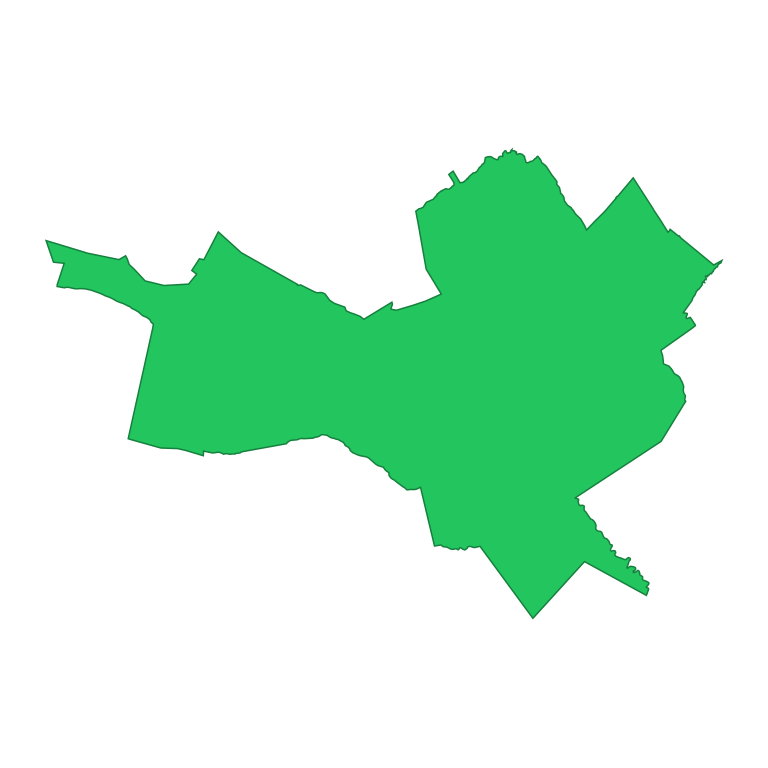 outline of Santiago, Nuevo León, Mexico
{"feature_id": "50627088B26802208573865", "entity_name": "Santiago", "entity_type": "district", "adm_level": 2, "iso_a3": "MEX", "parent_name": "Mexico", "parent_adm1": "Nuevo León", "projection": "robinson", "projection_center": [-100.188, 25.372], "detail": "fine", "context": "isolated", "style": "filled", "palette": "green", "viewbox_px": 768, "rotation_deg": 0, "n_neighbors": 0, "source": "geoboundaries", "source_scale": "gbopen_adm2", "svg_char_len": 6117}
<svg xmlns="http://www.w3.org/2000/svg" viewBox="0 0 768 768"><path d="M434.5,546.0L441.0,545.0L443.1,546.7L446.8,547.1L450.4,548.9L452.6,549.4L456.0,548.7L458.2,549.8L458.9,549.3L459.6,547.8L460.0,547.7L460.5,547.8L462.9,549.2L464.8,549.9L465.4,549.7L466.5,548.8L467.1,548.2L467.5,547.1L469.4,546.4L470.7,546.5L473.6,547.5L475.1,547.5L480.0,546.3L532.9,618.3L584.5,561.6L646.4,595.4L648.5,589.6L648.6,588.7L648.1,588.1L646.9,587.6L646.3,587.1L648.7,584.2L648.9,583.3L648.7,582.6L647.3,581.7L642.8,579.9L642.5,579.4L642.6,576.9L642.4,576.5L639.9,574.9L639.6,572.7L639.3,571.7L638.6,570.7L637.9,570.4L635.8,571.9L634.7,572.0L633.9,572.7L633.5,572.5L633.2,571.9L633.3,571.2L633.8,570.6L635.2,570.0L635.6,569.2L635.6,568.0L635.0,567.4L633.7,566.8L630.6,566.3L629.2,566.9L628.0,568.0L627.2,568.1L626.9,567.8L627.0,567.2L628.2,564.3L628.8,561.9L629.1,561.1L630.3,559.8L630.3,558.8L630.0,558.2L628.6,557.6L627.5,558.1L625.9,559.5L625.0,559.6L623.0,559.0L620.9,558.0L619.1,557.6L615.9,556.2L614.9,555.3L614.8,554.3L615.7,552.9L615.4,551.3L614.8,550.7L613.6,550.6L611.4,551.2L610.7,550.5L610.5,549.9L610.7,548.7L612.1,546.3L612.2,545.2L611.8,544.8L611.1,544.9L610.4,544.6L609.5,543.1L609.1,541.5L606.8,538.8L604.3,538.0L603.2,536.1L601.9,532.7L601.4,532.0L600.2,531.3L598.4,531.2L597.7,531.0L596.3,529.8L595.8,528.9L595.7,527.9L596.1,525.6L595.2,523.0L593.5,520.6L592.3,519.7L590.4,518.8L585.8,511.9L584.5,510.8L584.2,510.3L584.1,508.2L584.2,506.2L583.7,505.7L582.7,505.3L580.3,505.4L579.5,505.2L579.0,504.7L578.1,501.8L578.2,501.0L578.7,500.1L578.5,499.3L577.8,498.8L575.5,498.3L575.2,498.1L575.4,497.7L661.1,441.4L685.7,401.3L684.7,399.9L685.4,396.3L685.1,395.2L683.9,393.3L683.5,391.9L683.3,389.6L683.7,386.7L682.3,382.3L680.8,379.7L679.9,377.6L678.2,375.9L674.7,373.9L673.8,372.9L672.3,370.1L670.0,367.2L668.8,366.1L664.1,364.1L663.4,363.6L663.3,360.8L662.5,355.2L661.1,351.1L661.2,350.1L691.6,328.6L695.1,325.9L695.4,325.3L695.2,324.8L690.4,317.5L690.0,317.4L687.4,318.5L686.8,318.4L686.3,318.0L686.1,317.1L687.3,314.4L687.2,313.5L686.0,313.1L684.9,313.2L683.3,312.7L691.8,300.8L692.3,299.8L692.8,297.9L695.0,294.9L696.3,291.7L698.0,289.5L698.7,289.5L702.2,284.9L702.1,283.1L702.6,282.1L703.0,282.0L703.9,282.7L704.6,282.6L704.1,281.9L704.3,280.4L704.5,280.0L705.0,279.7L705.9,279.8L706.2,279.1L706.3,278.6L705.5,277.0L705.6,276.1L706.3,276.0L707.3,276.7L707.7,276.5L707.9,276.1L707.8,275.3L708.0,275.1L708.8,275.2L710.5,273.4L711.2,273.8L711.6,273.6L712.3,272.2L713.3,271.5L713.3,270.7L714.5,268.9L715.3,268.5L716.2,267.1L717.5,266.9L717.8,265.2L718.0,264.8L718.7,264.4L718.9,263.8L720.9,262.9L721.9,260.5L713.7,265.0L680.9,238.0L679.3,235.9L678.5,236.1L670.1,229.3L669.5,230.7L668.0,232.2L660.3,219.9L653.5,209.7L653.0,208.6L633.2,177.9L617.6,196.4L616.9,196.5L615.9,197.8L616.1,198.2L604.6,211.6L594.7,221.4L586.6,229.9L585.5,227.9L584.9,226.2L580.7,219.0L576.6,215.1L575.0,213.3L573.3,210.3L572.3,209.6L571.1,207.6L567.5,205.2L564.4,200.8L563.9,197.4L562.9,195.6L561.8,194.2L560.6,193.5L560.6,192.2L559.4,187.4L556.7,184.4L557.0,181.9L555.8,180.0L551.8,174.9L546.5,166.7L545.0,165.1L541.9,162.8L541.5,162.2L540.9,160.4L539.9,158.8L537.8,156.3L536.7,157.0L536.1,157.9L535.6,158.4L534.9,158.7L533.1,160.6L531.9,161.3L530.4,161.4L529.0,162.3L527.8,162.8L527.0,162.7L526.0,162.3L525.3,159.5L524.9,158.8L524.5,156.4L522.3,154.4L519.9,153.6L518.5,153.9L517.3,154.5L516.8,154.3L516.5,154.0L516.5,152.0L516.3,151.8L515.8,151.9L515.7,152.2L515.2,151.3L514.2,150.8L511.9,150.7L511.6,150.3L511.8,149.7L511.0,150.4L510.6,152.4L509.7,152.3L508.4,153.0L507.1,153.1L505.8,150.8L504.8,150.9L502.6,153.6L502.8,155.4L502.7,156.4L500.5,156.3L499.4,156.7L498.6,157.5L498.1,159.3L497.6,159.8L496.3,159.5L493.9,158.5L491.0,156.7L488.0,156.7L485.4,157.6L484.5,162.2L483.5,163.7L482.3,164.2L481.8,165.2L480.9,166.3L479.0,167.9L477.8,170.2L477.0,171.2L475.3,172.6L473.0,173.0L472.3,173.9L471.5,174.4L469.3,176.4L467.8,178.7L467.3,178.4L466.1,180.0L465.3,180.5L463.8,182.0L463.5,181.9L462.9,182.4L460.0,182.7L453.1,171.1L448.8,174.5L453.9,182.6L454.0,185.2L452.1,186.4L451.7,187.2L449.0,189.2L448.0,189.3L446.1,188.7L445.5,188.8L442.5,190.3L442.0,190.9L441.3,190.8L437.0,194.3L436.7,195.6L435.7,196.3L433.2,199.3L426.6,202.2L425.8,203.1L423.1,207.3L421.0,208.3L418.9,208.8L415.8,211.2L418.4,224.8L426.2,269.2L441.3,294.1L425.5,301.1L412.4,305.5L396.5,310.2L391.1,309.2L391.1,308.3L392.3,304.7L392.4,304.1L391.9,302.2L363.8,319.3L360.2,316.4L354.2,314.0L350.2,312.7L346.2,310.8L344.8,307.1L334.4,303.4L329.6,300.2L325.2,294.1L322.9,292.9L320.9,292.5L317.0,292.8L313.5,291.4L300.7,284.9L297.8,285.5L297.2,284.9L297.5,284.4L241.1,252.6L218.3,231.9L203.9,259.7L199.4,258.8L191.8,270.5L196.7,274.1L188.6,284.1L164.0,285.5L145.1,280.9L134.2,269.2L129.2,264.5L127.3,259.0L125.6,255.8L118.9,259.6L87.6,253.2L46.1,240.6L53.5,262.2L64.2,263.3L57.2,284.7L57.1,286.5L64.4,287.8L66.5,287.3L68.8,287.4L74.6,288.7L76.2,288.8L81.2,288.6L85.5,288.9L91.3,290.2L98.3,292.7L102.4,294.3L105.2,295.8L109.1,297.1L112.3,298.6L116.5,301.0L120.1,302.5L122.7,303.3L128.2,306.0L129.3,306.4L130.9,307.4L131.6,308.3L134.8,309.8L138.5,312.0L142.3,315.4L144.7,316.6L146.3,317.1L149.8,319.6L151.2,322.3L152.9,323.6L153.3,324.1L152.8,327.8L128.2,438.7L130.2,439.4L160.8,448.0L177.7,448.6L185.5,450.4L203.3,455.7L203.6,451.1L211.6,452.8L213.7,452.9L217.4,452.3L219.5,452.3L221.8,453.2L223.7,454.2L225.8,453.6L230.4,454.3L231.8,454.0L235.2,454.0L236.2,453.3L240.0,453.0L240.9,452.2L242.9,451.6L286.5,443.7L287.4,442.4L290.5,440.4L297.6,439.7L298.6,439.1L300.3,438.6L302.6,438.5L303.7,438.7L312.7,438.2L315.2,437.3L317.5,436.9L319.5,436.1L320.9,435.1L322.1,434.6L326.8,435.2L330.3,437.4L331.9,438.0L333.9,438.3L335.8,439.1L338.0,439.5L343.0,442.2L344.3,443.6L345.2,445.5L348.0,447.0L349.5,448.5L350.3,450.6L352.6,452.6L358.0,455.0L360.2,455.7L366.5,456.9L368.7,458.0L375.6,464.1L378.1,465.6L383.3,467.2L384.8,469.4L386.6,471.2L388.9,472.6L389.0,475.4L390.6,477.7L392.4,479.1L394.7,480.3L396.4,481.9L401.3,485.5L402.4,486.5L404.4,487.5L405.7,488.8L407.1,489.9L410.2,489.5L414.9,489.5L416.6,489.1L420.5,487.3L434.5,546.0Z" fill="#22c55e" stroke="#15803d" stroke-width="1.5"/></svg>